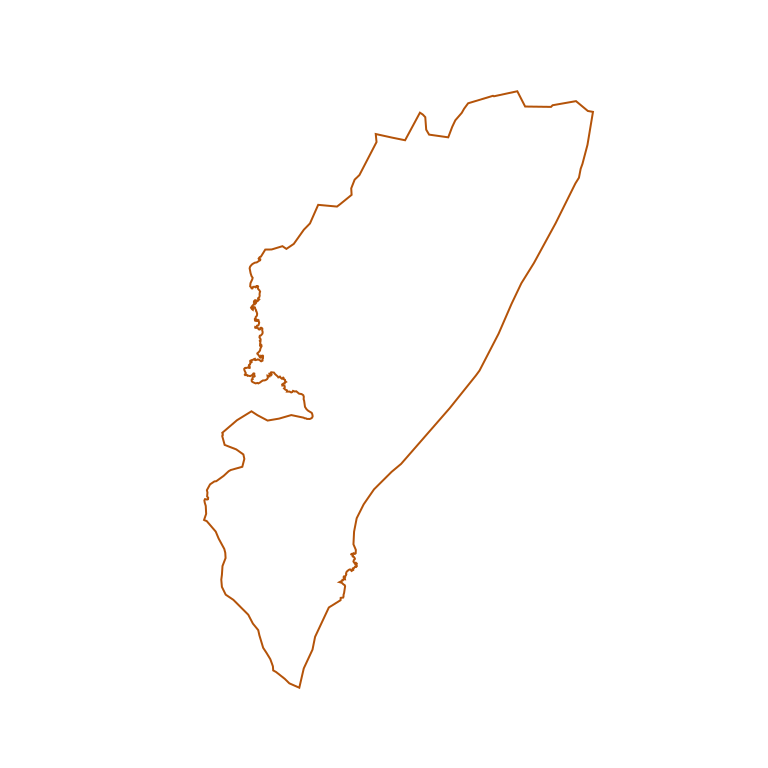 Yunusari, Yobe, Nigeria, rotated 101°
{"feature_id": "59680162B1638752109374", "entity_name": "Yunusari", "entity_type": "district", "adm_level": 2, "iso_a3": "NGA", "parent_name": "Nigeria", "parent_adm1": "Yobe", "projection": "mercator", "projection_center": [11.911, 13.116], "detail": "fine", "context": "isolated", "style": "outline", "palette": "amber", "viewbox_px": 768, "rotation_deg": 101, "n_neighbors": 0, "source": "geoboundaries", "source_scale": "gbopen_adm2", "svg_char_len": 6143}
<svg xmlns="http://www.w3.org/2000/svg" viewBox="0 0 768 768"><g transform="rotate(101 384 384)"><path d="M698.3,409.2L678.5,408.5L658.4,403.5L645.3,403.4L613.9,395.5L604.5,385.4L602.2,385.7L601.4,383.3L600.2,383.2L598.7,383.5L596.8,383.3L589.9,383.6L588.8,384.4L588.6,385.3L587.2,387.5L587.0,389.9L585.2,387.6L584.4,387.5L584.5,386.9L583.6,386.4L583.3,386.0L583.2,385.0L582.2,385.4L581.6,385.6L581.2,385.4L581.0,385.7L581.5,386.7L581.0,386.8L580.5,386.6L580.2,385.4L579.1,384.9L577.9,384.7L577.5,385.1L576.2,385.0L575.3,384.8L573.3,383.2L572.6,382.3L572.5,381.7L572.8,381.0L573.4,380.6L573.7,380.1L573.2,379.7L572.4,378.7L571.7,378.9L571.5,379.4L571.1,379.5L570.7,379.1L570.7,378.5L569.2,377.7L569.0,376.5L567.9,375.9L567.2,376.3L566.9,377.6L566.5,377.8L565.9,377.6L566.2,376.7L565.8,376.4L565.5,376.4L564.8,377.6L565.3,378.3L565.4,378.8L564.2,380.1L562.6,380.0L562.0,379.7L561.7,379.3L560.8,379.3L559.5,380.6L559.3,381.8L559.0,382.0L558.1,381.8L557.9,381.9L557.5,383.6L557.0,383.5L556.5,382.1L555.9,381.6L555.9,381.2L556.4,380.4L556.2,380.0L555.6,379.5L552.2,380.0L547.2,383.4L534.7,385.2L521.0,385.2L506.0,381.0L489.3,373.7L468.8,359.8L459.2,352.0L395.2,314.9L358.1,295.4L352.6,292.8L312.7,281.1L281.0,274.1L258.9,268.4L236.6,259.9L193.4,246.2L150.6,234.4L144.3,232.0L135.2,232.0L130.1,231.2L110.4,229.9L77.0,230.8L77.1,236.0L69.7,249.5L78.2,271.7L80.1,272.9L84.7,298.4L71.2,309.0L80.6,331.0L80.3,332.0L92.4,355.0L98.5,357.9L103.0,359.4L111.5,364.3L118.5,366.1L129.6,368.0L130.6,387.3L126.3,391.1L114.2,394.4L112.1,397.3L110.8,400.5L140.7,409.8L140.6,423.1L140.2,439.8L147.9,437.5L183.6,448.0L189.0,451.8L198.2,453.5L204.5,451.9L215.9,461.4L218.8,464.0L220.7,482.8L240.5,487.3L247.8,492.1L263.7,499.3L270.0,505.6L268.1,510.0L273.4,520.0L274.7,526.2L282.4,529.1L282.8,529.8L283.5,530.4L284.8,531.0L285.3,530.6L284.9,529.7L285.2,529.2L286.2,529.2L286.9,530.1L288.9,532.1L289.6,534.0L291.4,536.1L292.6,536.9L294.3,537.8L296.0,538.0L300.7,536.1L303.4,534.6L304.8,533.2L306.4,533.3L310.5,534.3L313.7,534.0L314.2,533.2L315.4,532.2L315.3,531.4L313.6,531.0L313.2,529.4L313.6,528.5L312.9,527.8L312.1,527.8L311.9,526.8L312.3,526.2L313.7,526.3L314.8,525.6L315.9,524.1L317.1,523.2L317.9,523.4L319.6,523.3L320.9,522.9L322.2,522.9L323.2,523.4L323.9,524.0L324.5,523.8L324.8,522.7L326.0,523.4L326.7,523.9L326.4,524.7L326.3,526.5L327.1,527.2L327.9,527.4L328.6,527.3L329.1,526.7L328.3,525.8L328.4,525.1L329.2,525.2L329.8,525.8L330.5,526.1L330.2,527.0L331.2,527.4L332.8,528.4L334.5,529.1L335.7,527.9L336.2,526.9L334.2,526.9L333.4,526.6L333.3,526.1L333.5,525.3L335.0,524.6L335.9,523.7L336.7,523.6L337.0,523.1L338.3,522.4L339.0,522.0L340.4,521.8L341.4,521.9L342.7,522.7L343.9,522.7L344.7,523.2L345.9,522.9L346.4,522.7L346.5,521.8L345.2,521.4L345.4,521.1L346.3,520.7L346.3,520.3L345.9,520.0L345.4,520.1L345.1,519.9L345.3,519.3L346.2,519.1L347.3,518.3L347.7,518.4L348.4,518.2L350.4,518.5L350.7,518.9L350.9,519.7L351.2,519.9L352.6,520.3L352.9,520.6L352.7,521.3L353.1,521.3L353.4,521.1L353.4,520.6L353.0,518.9L353.2,518.4L354.0,517.7L354.3,517.2L354.3,516.6L354.0,516.1L353.4,515.9L352.5,516.0L352.2,515.4L352.4,514.6L352.7,514.1L353.1,513.9L354.6,513.8L355.7,513.2L357.0,512.9L357.9,513.0L359.7,514.0L360.3,515.1L360.9,515.2L361.0,515.1L362.1,515.1L363.1,514.0L364.2,513.5L365.2,514.2L365.4,514.1L365.3,513.6L365.5,513.4L368.3,513.3L368.5,512.8L369.7,513.1L370.1,513.0L370.2,512.5L369.9,512.3L369.5,511.7L370.2,511.4L372.8,512.1L374.8,512.1L376.7,513.1L377.6,513.9L378.1,514.2L378.5,514.1L379.1,513.2L380.8,511.4L381.5,511.0L381.8,510.4L381.6,509.9L380.9,509.5L380.6,509.6L380.1,510.2L379.7,510.1L379.9,509.0L379.3,508.4L379.5,508.1L380.0,508.0L382.1,507.7L383.1,508.1L384.2,507.7L385.1,508.7L385.1,509.3L384.4,510.3L383.9,512.2L383.9,512.6L384.3,513.0L385.1,514.8L385.0,515.4L384.1,515.4L383.9,515.5L384.3,516.3L385.4,517.5L385.8,518.5L386.7,519.7L387.0,519.8L387.4,519.4L387.5,518.2L387.8,518.1L388.2,518.4L388.7,519.2L389.0,519.4L390.4,519.2L390.9,520.0L391.2,520.2L391.8,520.1L392.9,519.0L393.8,518.9L394.0,519.4L393.7,520.5L393.8,521.1L394.1,521.4L394.6,522.4L394.7,522.8L394.6,523.1L394.9,523.6L395.8,524.1L396.8,523.8L398.2,522.9L399.4,521.9L399.8,521.8L401.5,522.4L401.8,522.0L401.2,520.5L401.4,519.9L402.0,519.5L401.7,518.8L401.8,516.9L400.4,515.1L398.6,514.2L398.4,513.8L398.5,513.3L398.8,513.2L399.1,513.5L399.6,513.6L400.6,512.6L401.1,512.4L401.5,512.7L401.9,513.8L402.4,514.2L403.4,514.2L404.2,513.8L404.8,514.7L406.2,514.5L406.9,513.9L407.3,512.8L407.9,510.2L407.1,508.4L407.4,507.5L406.1,505.9L404.7,504.7L403.6,503.5L403.3,502.0L402.7,500.9L401.4,499.6L400.1,499.2L398.0,500.0L398.0,499.2L398.6,498.7L398.4,497.8L396.5,498.0L395.8,498.4L395.7,498.0L396.8,497.0L397.0,496.5L396.3,496.1L394.8,497.4L394.0,497.0L393.8,494.2L395.1,492.8L397.0,489.6L397.7,489.0L397.5,488.4L396.6,487.6L397.9,486.1L398.3,485.2L397.0,484.2L397.4,483.6L398.3,483.6L398.8,482.0L400.0,481.6L400.6,480.6L401.4,481.6L402.4,481.6L402.5,482.6L403.9,483.9L404.9,483.5L404.5,482.4L404.8,481.3L405.9,480.8L406.7,480.8L407.4,481.3L408.4,479.7L408.7,478.1L409.5,477.7L410.0,477.8L409.5,475.2L410.0,473.5L409.4,472.5L408.1,472.0L408.4,470.2L407.9,468.7L409.7,465.5L409.6,463.0L410.4,461.1L411.8,460.3L414.2,460.0L415.7,459.2L421.5,457.2L423.5,455.3L424.7,453.4L426.1,449.5L427.4,448.6L429.2,447.9L430.7,448.1L431.7,449.0L432.5,450.2L433.0,453.0L432.6,454.2L432.8,455.4L432.4,456.4L432.2,469.1L438.0,480.4L442.1,491.3L438.8,502.2L436.1,508.9L447.6,521.4L462.7,533.4L463.5,532.8L464.0,532.7L464.1,532.9L465.1,532.5L465.9,532.9L474.2,528.8L476.4,516.5L480.0,508.6L484.2,506.8L492.3,507.3L497.6,517.9L499.2,519.8L504.8,523.9L511.4,530.1L512.0,531.9L515.7,535.6L522.0,537.6L524.2,536.6L528.1,536.2L529.2,534.9L530.7,534.8L531.2,535.7L531.1,537.0L531.2,537.8L532.6,538.1L534.7,537.3L537.7,535.7L545.4,533.8L551.8,534.7L552.2,533.2L552.3,532.0L561.0,521.0L567.3,516.8L576.4,509.3L580.0,507.6L585.1,506.3L593.5,507.8L602.3,506.7L607.1,506.4L614.1,504.4L621.0,499.2L624.6,490.7L636.4,473.2L644.2,467.0L649.6,460.5L654.4,458.4L666.0,452.3L670.5,447.9L675.8,443.1L682.3,439.2L686.3,438.1L687.3,435.0L692.4,425.1L695.9,419.8L698.3,409.2Z" fill="none" stroke="#b45309" stroke-width="2"/></g></svg>